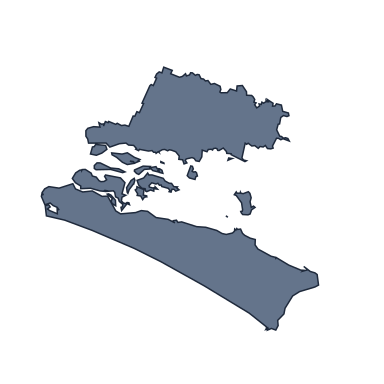 the district of Redland, Queensland, Australia, rotated 104°
{"feature_id": "25037944B35450059513963", "entity_name": "Redland", "entity_type": "district", "adm_level": 2, "iso_a3": "AUS", "parent_name": "Australia", "parent_adm1": "Queensland", "projection": "equal_earth", "projection_center": [153.338, -27.564], "detail": "fine", "context": "isolated", "style": "filled", "palette": "slate", "viewbox_px": 384, "rotation_deg": 104, "n_neighbors": 0, "source": "geoboundaries", "source_scale": "gbopen_adm2", "svg_char_len": 6090}
<svg xmlns="http://www.w3.org/2000/svg" viewBox="0 0 384 384"><g transform="rotate(104 192 192)"><path d="M241.8,50.6L240.7,53.2L240.5,58.0L237.2,65.6L239.5,60.9L242.2,65.7L241.0,65.1L241.5,67.5L239.5,80.5L235.2,94.5L236.0,94.7L235.2,95.4L235.2,99.8L231.4,114.2L228.1,118.0L222.8,119.1L222.7,124.5L221.3,130.4L219.9,133.0L216.2,135.9L217.3,138.7L216.6,139.7L218.3,140.2L217.6,141.6L219.8,141.3L222.0,142.8L224.9,148.5L225.0,152.8L223.3,158.7L222.9,170.1L224.5,179.1L223.5,194.8L224.9,198.3L223.1,200.3L224.4,203.3L225.4,203.3L226.1,201.1L224.3,208.5L225.5,220.7L221.5,230.4L222.3,236.7L225.6,241.7L230.5,256.0L228.8,261.4L216.4,272.9L218.0,278.2L215.1,289.0L218.4,298.0L217.2,305.8L212.8,309.6L220.4,321.9L221.4,332.2L224.6,335.7L228.8,337.3L231.0,335.5L230.2,337.2L232.7,337.1L240.0,331.6L237.0,327.0L238.8,323.3L239.5,319.1L241.8,316.5L240.2,319.0L245.7,317.4L244.4,326.1L243.4,327.4L243.9,328.6L240.8,326.0L239.0,328.0L240.8,331.1L250.4,327.5L250.1,308.7L253.4,279.6L260.7,234.4L267.1,205.5L280.1,157.4L295.7,107.2L304.9,87.0L305.8,87.0L305.5,86.1L307.5,87.0L306.6,85.2L307.7,85.3L305.2,81.9L305.7,77.3L300.8,76.1L295.8,77.8L288.1,73.3L282.3,73.6L268.5,69.2L262.6,63.5L254.4,49.7L251.7,46.7L241.8,50.6ZM78.8,226.9L82.2,229.3L83.7,231.9L82.4,241.3L78.8,240.6L77.7,249.6L83.7,250.0L83.4,252.9L86.1,254.9L89.8,255.6L90.1,253.9L98.1,255.3L97.6,257.6L99.1,258.6L117.9,262.0L117.9,260.4L127.7,262.2L127.4,264.9L132.3,265.8L132.5,267.5L143.6,269.2L143.3,273.3L144.6,276.6L143.4,281.2L144.8,282.4L143.7,289.9L145.0,290.2L144.6,293.1L149.5,293.8L147.1,293.7L148.1,296.2L147.3,299.1L151.3,297.0L152.4,303.3L155.4,308.5L158.2,309.8L163.6,308.4L165.8,306.0L169.6,304.2L165.3,287.2L168.3,282.6L162.7,274.1L160.5,267.9L161.8,264.9L160.9,259.9L163.2,256.5L164.1,257.0L164.8,253.8L163.3,253.3L162.8,244.2L161.5,240.8L162.7,238.9L162.3,236.9L163.2,236.2L161.1,234.6L161.6,233.5L160.9,234.0L158.1,231.0L157.3,228.7L157.9,225.6L156.5,224.1L156.4,221.9L156.9,217.5L160.2,213.1L163.5,212.7L163.0,208.9L166.7,206.5L165.0,204.0L163.0,206.2L161.3,205.6L158.6,200.3L158.9,198.0L160.8,195.8L160.6,192.4L155.6,191.0L148.9,192.2L149.3,187.2L146.8,186.5L145.9,183.7L146.3,182.2L144.7,181.8L143.8,179.7L143.9,178.3L145.4,177.1L145.2,175.8L141.8,172.3L144.4,168.4L146.1,167.6L145.4,163.3L146.3,163.1L149.7,148.0L148.5,146.7L148.5,149.8L146.8,151.8L131.8,152.2L132.5,150.5L131.1,149.3L132.9,145.1L131.8,142.3L133.6,138.3L131.4,137.0L131.1,133.8L129.1,132.1L131.6,129.3L131.1,126.0L129.8,123.9L127.9,125.0L119.4,123.0L119.0,121.1L119.8,118.5L118.3,116.6L119.0,110.0L116.9,111.9L116.7,114.4L117.7,116.2L116.5,118.6L116.6,120.4L111.2,124.9L105.4,124.8L104.8,123.5L98.2,123.9L95.7,121.7L95.8,118.1L94.5,116.4L92.0,117.6L91.8,123.5L86.0,126.3L86.0,131.4L88.5,132.3L89.2,134.6L86.3,134.8L84.1,141.1L86.0,139.7L86.3,141.1L85.2,142.3L86.4,142.0L88.5,144.1L87.9,145.9L90.3,146.0L90.3,148.2L92.2,147.2L94.7,149.5L92.2,152.3L90.0,151.4L89.8,153.7L87.1,153.5L84.9,155.7L83.9,157.5L84.9,162.4L81.5,163.4L76.5,168.9L78.2,173.9L83.2,173.2L82.8,179.8L87.1,181.8L88.7,187.9L88.2,189.2L85.6,188.8L82.6,190.3L81.3,196.5L83.0,199.8L80.0,203.5L81.0,205.9L79.6,208.1L79.8,210.7L76.5,213.5L76.7,215.4L78.0,216.9L76.3,220.4L76.6,222.2L79.0,222.7L80.7,225.5L78.8,226.9ZM201.6,309.5L207.8,311.4L211.2,307.4L213.1,301.4L215.7,300.8L212.9,291.4L213.2,281.6L212.7,278.0L211.5,277.0L211.4,275.7L212.6,277.3L212.4,275.9L209.9,268.6L211.0,266.9L215.2,265.0L215.8,262.2L218.8,260.2L220.7,256.2L223.2,255.9L224.0,257.2L227.0,255.8L219.0,252.2L219.4,249.6L217.7,250.7L217.9,252.5L219.2,253.4L219.3,255.8L217.8,258.3L214.0,258.7L211.2,255.5L210.7,259.5L199.2,259.3L195.6,264.8L196.4,280.0L198.0,280.6L200.8,277.8L203.0,279.8L204.0,282.9L203.5,285.0L200.7,288.5L200.6,292.6L198.1,294.4L195.9,301.0L196.8,304.0L197.9,304.2L197.3,304.5L198.1,306.3L201.6,309.5ZM191.2,211.0L188.6,213.9L189.0,216.4L187.8,220.9L185.7,223.2L185.1,234.9L185.9,238.0L184.3,239.6L190.1,242.3L194.0,248.1L198.2,245.4L200.5,241.5L200.1,238.3L202.3,237.2L202.6,236.0L200.1,232.7L200.4,229.3L198.0,229.8L197.6,226.2L195.8,229.1L196.8,229.0L197.6,231.2L197.5,234.6L196.2,235.2L192.8,233.3L193.0,228.9L191.8,227.2L193.3,225.3L192.7,223.6L194.0,222.7L194.2,215.8L195.9,213.8L197.2,214.3L197.2,212.3L194.2,212.1L193.7,210.2L195.1,208.0L193.0,205.1L191.6,207.9L190.6,207.4L191.2,211.0ZM181.2,149.1L184.4,150.3L184.7,148.2L190.5,141.3L197.0,138.6L198.5,138.6L199.1,140.0L200.2,139.2L201.6,137.4L200.6,132.1L199.3,130.3L194.9,129.9L191.7,127.1L190.8,128.9L192.6,130.8L187.4,133.3L183.3,133.2L179.3,135.5L178.1,137.4L181.2,141.9L181.4,144.1L180.5,144.9L181.4,144.8L182.3,148.0L181.2,149.1ZM172.3,256.2L169.6,264.2L172.1,269.0L173.5,279.4L175.2,278.6L176.6,273.5L180.0,266.7L181.0,261.4L178.2,255.0L176.8,256.4L177.3,258.1L177.0,259.7L176.6,256.3L177.8,254.6L175.1,250.9L174.9,251.8L173.1,250.3L172.3,256.2ZM167.7,287.1L169.2,297.0L171.6,297.8L172.4,299.5L179.7,299.7L179.5,293.7L176.1,288.9L171.2,284.9L167.7,287.1ZM189.8,276.5L190.0,264.0L188.7,261.9L187.2,268.7L188.4,276.7L186.0,288.1L186.7,291.2L190.0,293.2L192.8,292.5L193.6,290.5L189.8,276.5ZM167.0,199.5L177.3,200.6L179.0,197.9L179.1,192.1L176.3,192.0L175.2,190.6L172.2,192.3L171.5,193.6L172.3,195.5L171.8,196.9L169.3,196.3L167.0,197.8L167.0,199.5ZM177.3,238.6L178.7,245.7L184.5,253.1L185.7,253.0L187.4,250.3L187.8,247.9L181.6,243.7L179.8,238.2L178.7,239.0L177.3,238.6ZM206.8,238.5L201.3,239.2L200.2,246.7L202.2,246.3L203.7,247.6L206.9,244.3L208.6,244.4L208.3,240.8L211.3,238.0L208.6,237.0L207.6,234.8L206.9,235.8L206.7,234.4L206.8,238.5ZM204.8,253.5L198.2,250.7L199.0,250.5L194.4,250.3L192.7,251.4L195.6,253.9L203.6,256.5L208.0,254.8L208.8,253.9L204.8,253.5ZM176.1,233.1L178.5,238.5L180.7,235.3L180.7,229.5L179.2,230.4L178.7,229.3L180.9,228.4L180.9,224.8L178.2,226.4L177.3,229.0L177.7,231.5L176.1,233.1ZM214.0,272.6L214.6,273.7L217.6,267.8L220.5,268.2L222.5,266.7L223.8,262.7L218.5,264.3L214.6,269.9L214.0,272.6ZM149.8,161.1L150.1,164.6L152.5,164.8L149.8,161.1ZM170.0,229.6L170.9,229.4L171.1,226.1L170.6,226.3L170.0,229.6ZM207.8,151.1L207.1,152.7L207.1,153.3L207.8,151.1Z" fill="#64748b" stroke="#1e293b" stroke-width="1.5"/></g></svg>